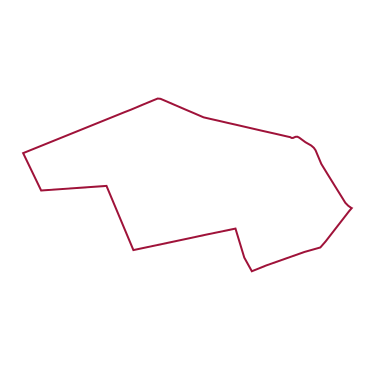 outline of Gedo, rotated 68°
{"feature_id": "SOM-2314", "entity_name": "Gedo", "entity_type": "Region", "adm_level": 1, "iso_a3": "SOM", "parent_name": "Somalia", "parent_adm1": "", "projection": "orthographic", "projection_center": [41.827, 2.779], "detail": "fine", "context": "isolated", "style": "outline", "palette": "rose", "viewbox_px": 384, "rotation_deg": 68, "n_neighbors": 0, "source": "natural_earth", "source_scale": "10m", "svg_char_len": 878}
<svg xmlns="http://www.w3.org/2000/svg" viewBox="0 0 384 384"><g transform="rotate(68 192 192)"><path d="M176.7,82.2L177.9,80.4L179.2,79.4L179.7,78.2L179.6,75.4L180.2,73.6L181.8,72.2L188.3,68.2L193.5,64.1L196.6,62.5L199.6,61.8L207.5,61.7L214.4,61.6L225.2,59.8L239.2,57.4L252.9,55.0L259.4,53.9L263.3,52.3L266.7,50.1L266.8,50.0L268.6,53.5L287.8,86.5L291.5,93.8L289.7,110.3L287.9,150.6L287.9,166.2L272.4,168.1L242.2,165.4L236.7,195.6L234.0,211.2L223.9,268.1L154.3,269.0L134.1,331.3L92.7,334.0L92.7,332.5L92.7,321.0L92.7,309.6L92.7,298.1L92.7,286.6L92.7,275.2L92.7,263.7L92.7,254.0L92.7,244.2L92.7,234.4L92.7,224.7L92.8,217.9L92.6,205.5L92.5,193.7L92.5,188.8L93.8,186.3L96.9,183.2L104.5,175.7L112.0,168.3L119.5,160.8L127.1,153.3L131.8,146.6L136.5,139.8L141.3,133.0L146.0,126.2L153.7,115.2L161.4,104.2L169.0,93.2L176.7,82.2Z" fill="none" stroke="#9f1239" stroke-width="2"/></g></svg>